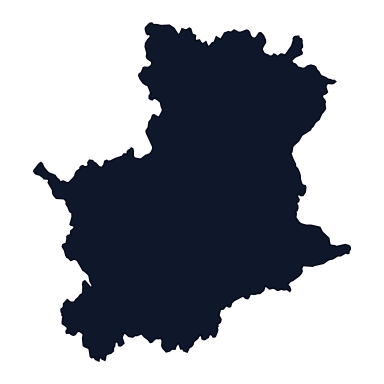 Carlos Chagas, Minas Gerais, Brazil (Robinson projection)
{"feature_id": "56859067B18228425283518", "entity_name": "Carlos Chagas", "entity_type": "district", "adm_level": 2, "iso_a3": "BRA", "parent_name": "Brazil", "parent_adm1": "Minas Gerais", "projection": "robinson", "projection_center": [-40.857, -17.668], "detail": "fine", "context": "isolated", "style": "filled", "palette": "ink", "viewbox_px": 384, "rotation_deg": 0, "n_neighbors": 0, "source": "geoboundaries", "source_scale": "gbopen_adm2", "svg_char_len": 5856}
<svg xmlns="http://www.w3.org/2000/svg" viewBox="0 0 384 384"><path d="M298.7,36.2L295.2,36.5L294.0,37.2L293.2,38.6L293.4,40.5L291.6,46.1L285.2,55.2L282.2,54.1L280.6,54.1L278.2,56.1L276.8,56.0L275.4,54.7L273.7,54.1L272.9,55.4L271.4,56.2L269.4,56.1L268.1,55.0L265.4,54.2L264.1,53.2L262.5,50.5L262.1,48.9L263.0,46.6L265.5,42.4L265.4,39.8L263.3,35.3L260.8,32.7L259.1,33.0L256.4,37.1L255.0,38.2L253.5,38.2L251.9,37.4L250.5,35.7L249.4,32.2L248.4,30.9L246.8,30.1L240.7,32.3L238.7,32.4L234.1,30.0L231.2,32.3L228.3,31.7L224.6,33.0L220.7,39.5L216.3,36.8L214.2,42.3L212.1,42.9L209.5,46.2L207.8,46.4L205.9,41.7L203.0,43.8L201.4,43.1L199.4,40.0L195.7,40.7L195.0,39.1L195.5,35.5L192.2,34.1L190.8,29.0L189.4,28.1L186.6,29.9L185.2,29.9L182.0,28.7L180.6,32.4L179.4,34.2L177.9,34.4L174.0,28.3L169.4,25.2L161.0,25.6L157.3,24.7L154.4,24.7L153.1,24.4L151.8,23.0L149.6,23.4L145.6,27.5L145.3,29.0L146.3,33.2L147.6,34.6L149.2,34.2L150.4,35.4L150.0,37.3L147.6,39.9L145.6,43.3L145.2,46.8L147.0,53.1L146.4,56.7L147.3,58.6L151.5,61.5L151.9,63.4L151.2,65.5L148.4,67.5L144.5,67.2L143.3,67.8L141.3,72.7L139.3,73.8L138.7,75.5L140.1,78.8L142.9,82.8L145.7,84.8L147.6,85.3L148.5,87.0L150.6,92.4L150.5,94.0L149.2,95.7L149.2,98.3L150.5,99.4L152.4,99.8L153.8,98.2L155.1,98.2L157.7,99.8L160.6,102.4L161.2,106.1L162.6,109.5L162.1,111.6L159.1,117.1L157.4,116.8L154.0,114.7L152.5,115.4L151.4,119.1L149.0,122.0L148.3,127.4L146.0,131.0L146.4,132.8L152.8,146.8L152.8,148.9L151.1,152.3L149.7,153.9L145.5,155.5L141.3,158.8L140.0,159.1L134.6,158.1L133.2,156.1L133.3,151.9L132.7,148.6L131.2,148.0L129.9,149.7L128.3,150.3L127.2,151.9L127.4,154.0L123.8,154.0L122.3,156.3L115.2,158.6L110.5,161.0L108.3,161.3L106.7,160.3L104.8,161.2L103.9,164.8L101.7,167.6L98.9,166.7L95.8,163.2L93.9,162.3L92.6,160.6L89.5,160.2L87.8,162.6L88.3,164.7L87.6,166.3L85.0,167.0L82.6,165.6L81.3,166.2L80.1,167.3L79.8,169.4L77.1,170.8L75.8,172.5L74.7,176.2L73.5,177.8L68.8,182.6L66.8,182.7L63.2,181.0L59.8,182.1L59.3,180.2L56.7,177.9L54.9,175.3L48.9,173.0L46.8,171.1L43.7,167.2L42.3,163.9L40.9,162.5L39.0,164.0L34.4,169.8L33.7,171.2L34.7,172.9L36.2,174.2L39.5,174.9L42.7,177.2L43.9,178.7L48.5,179.2L48.8,180.8L48.2,182.6L52.5,189.8L52.7,193.0L53.5,195.1L56.3,198.3L63.7,198.7L65.3,200.0L66.3,201.8L66.1,204.0L68.1,207.2L69.1,210.1L70.1,211.9L72.0,212.8L72.1,217.1L70.1,224.5L71.2,225.3L73.0,225.5L74.4,226.9L73.8,228.5L70.8,230.9L70.5,234.5L69.4,235.3L67.8,235.5L66.9,236.7L67.0,238.9L66.2,243.3L62.9,244.6L62.3,246.6L64.6,250.6L65.8,255.2L66.9,257.3L68.6,258.1L70.7,260.5L74.2,259.0L77.2,260.3L83.1,270.5L84.4,271.0L88.9,275.2L90.1,281.5L92.1,285.0L92.2,286.6L90.7,287.5L84.9,280.8L83.3,281.7L82.6,284.2L83.0,286.4L82.8,292.1L82.1,294.0L80.2,294.9L78.3,297.6L75.8,299.7L74.3,302.2L71.1,302.3L69.5,301.6L67.3,299.6L63.6,303.7L63.4,307.3L61.0,309.3L61.2,311.8L62.1,313.5L61.9,315.1L63.1,316.1L62.3,321.7L62.4,323.8L66.1,326.3L67.4,327.8L67.2,329.6L66.0,331.2L66.6,333.3L69.8,333.0L71.0,334.3L73.5,335.3L75.1,334.6L77.4,331.5L79.3,331.2L82.4,333.2L83.3,334.7L82.6,338.2L83.3,345.4L84.3,346.5L88.7,348.3L89.3,349.7L90.3,356.5L91.4,357.7L94.2,357.3L95.4,359.4L98.9,361.0L99.3,357.8L100.6,357.4L102.0,358.9L104.9,360.3L105.5,358.7L105.5,356.6L106.8,354.3L110.9,353.2L113.4,350.9L113.4,347.8L114.5,346.4L115.1,342.1L116.4,341.7L117.5,342.2L118.5,343.5L118.6,345.5L120.0,346.0L121.6,345.4L123.9,343.2L122.0,337.5L123.7,333.5L125.3,333.2L128.8,336.4L132.9,337.1L135.2,335.3L136.9,335.6L141.6,333.7L144.3,336.8L148.1,339.6L150.3,342.5L151.9,342.1L154.7,339.2L156.2,338.5L158.9,338.7L160.3,338.2L161.4,339.0L162.3,340.8L161.8,345.8L162.7,348.0L166.2,351.9L169.6,351.0L171.8,349.1L175.1,349.1L175.6,347.0L177.3,344.2L178.7,343.4L180.8,349.0L183.0,348.7L183.6,350.7L187.1,352.1L189.3,347.5L191.4,346.6L193.0,344.5L193.7,341.7L197.9,338.2L198.4,336.6L199.7,335.7L201.4,335.1L202.1,338.9L203.4,339.6L204.9,339.5L208.4,337.3L208.9,335.1L211.2,334.2L213.3,337.1L215.3,336.6L217.4,331.4L217.7,329.6L217.0,327.5L218.0,326.3L217.6,324.3L220.1,322.5L220.7,321.1L221.0,319.4L218.9,315.4L220.4,309.3L223.5,309.0L225.7,306.0L227.4,306.1L229.1,307.0L230.5,306.6L231.5,303.1L233.7,300.8L242.1,296.4L243.9,296.4L245.7,298.3L247.8,298.6L248.9,297.3L250.1,294.3L252.1,294.0L254.4,294.4L258.0,293.4L259.8,293.5L263.7,290.4L264.9,286.0L266.8,286.8L269.6,289.0L272.5,288.1L274.6,288.4L277.1,290.2L278.6,290.2L281.2,289.1L284.2,289.9L286.9,289.3L289.8,291.4L290.6,289.9L289.6,287.0L288.3,285.7L287.8,284.2L290.6,281.2L292.3,280.8L299.0,275.9L301.2,273.4L302.2,271.1L301.6,269.6L301.7,268.1L303.0,265.5L312.5,266.2L315.0,265.2L323.4,263.4L328.4,259.8L332.9,258.8L337.7,255.8L340.7,255.8L345.6,252.9L347.3,253.5L348.8,253.3L349.1,251.2L350.3,249.0L350.1,246.9L348.8,245.6L345.2,244.6L336.5,246.6L334.9,245.8L330.6,245.2L329.7,243.9L328.8,238.2L322.3,232.1L319.9,227.3L311.2,225.3L306.3,225.3L301.5,224.0L299.2,222.5L295.7,217.5L296.3,213.5L295.4,211.5L296.9,210.8L297.8,208.4L297.7,205.7L296.8,204.3L296.7,202.6L298.6,201.5L299.0,199.5L297.4,196.5L297.8,194.6L299.3,194.5L300.9,195.6L303.0,195.4L305.2,192.1L305.8,187.3L305.3,185.7L303.4,185.4L301.8,184.1L300.3,179.3L300.1,175.3L299.3,172.6L297.6,168.7L295.4,166.4L295.4,164.0L292.9,159.1L290.7,153.0L291.9,151.9L292.6,147.0L293.6,145.4L298.6,141.0L301.9,135.2L310.4,129.9L311.2,128.0L313.0,126.4L315.4,122.3L319.1,119.4L321.5,114.0L324.6,110.2L325.4,108.4L324.8,104.0L325.3,102.0L324.8,100.4L322.7,97.8L322.3,96.3L322.8,94.9L325.7,93.8L327.4,92.1L325.7,86.8L326.8,84.0L328.3,83.3L332.3,83.7L334.0,83.0L335.7,81.6L334.3,80.4L332.5,80.6L330.7,79.7L327.9,79.2L325.9,77.7L321.5,75.9L320.4,74.9L318.8,71.8L317.0,70.1L315.7,67.1L314.6,66.2L310.9,65.1L307.5,66.1L305.0,68.0L303.0,68.5L297.8,67.1L295.7,64.3L292.6,62.9L291.5,60.6L295.3,57.0L301.8,54.1L302.2,52.6L300.9,49.9L301.1,48.5L302.4,47.1L302.4,45.2L301.8,42.5L302.0,40.5L301.3,38.8L299.2,38.3L298.7,36.2Z" fill="#0f172a" stroke="#020617" stroke-width="1.5"/></svg>